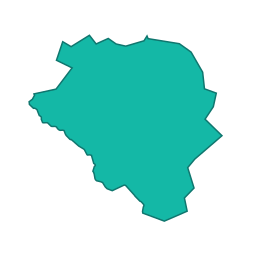 Martin, Kentucky, United States of America, rotated 170°
{"feature_id": "52423323B94344797346492", "entity_name": "Martin", "entity_type": "district", "adm_level": 2, "iso_a3": "USA", "parent_name": "United States of America", "parent_adm1": "Kentucky", "projection": "mercator", "projection_center": [-82.442, 37.816], "detail": "fine", "context": "isolated", "style": "filled", "palette": "teal", "viewbox_px": 256, "rotation_deg": 170, "n_neighbors": 0, "source": "geoboundaries", "source_scale": "gbopen_adm2", "svg_char_len": 1295}
<svg xmlns="http://www.w3.org/2000/svg" viewBox="0 0 256 256"><g transform="rotate(170 128 128)"><path d="M67.6,85.8L36.8,104.1L50.6,123.3L40.3,134.1L35.0,147.0L45.9,153.3L44.8,170.0L52.7,191.8L62.8,202.1L92.7,212.5L93.3,215.3L97.1,211.1L116.0,209.0L125.1,212.8L131.9,219.6L144.8,216.3L149.9,226.0L169.9,218.0L177.3,224.3L186.7,207.1L172.6,196.9L192.1,178.8L214.7,177.9L214.4,176.4L217.2,172.9L220.8,171.1L221.0,168.3L217.7,163.8L216.6,163.7L215.7,163.2L214.3,161.7L214.3,161.1L213.2,155.6L212.3,155.0L211.6,154.0L211.5,153.1L211.9,151.7L211.2,148.3L210.8,147.9L206.4,147.2L203.5,143.2L202.6,142.7L199.9,142.3L198.5,141.7L197.9,140.8L197.6,139.7L196.4,138.2L195.3,137.5L192.7,137.2L191.4,136.6L190.8,133.1L190.2,131.4L187.2,127.0L186.5,126.5L185.9,126.5L179.6,118.7L175.3,115.0L174.7,114.2L173.0,108.8L172.5,108.4L170.3,108.2L168.7,107.4L168.7,107.0L168.2,102.2L167.9,99.0L167.1,98.4L166.7,97.5L166.8,96.6L167.8,96.0L170.1,91.5L169.6,90.4L169.3,88.6L169.3,83.9L169.0,82.7L168.1,81.5L164.2,79.8L162.5,78.7L160.6,73.9L159.1,71.8L154.4,69.0L141.9,72.4L141.3,72.4L140.2,71.7L133.3,60.6L133.0,59.8L129.0,53.9L127.8,53.1L125.8,49.8L125.8,48.7L126.6,47.6L128.2,43.3L128.2,41.6L108.4,30.0L84.2,35.8L84.6,49.3L73.4,57.4L76.1,78.6L67.6,85.8Z" fill="#14b8a6" stroke="#0f766e" stroke-width="1.5"/></g></svg>